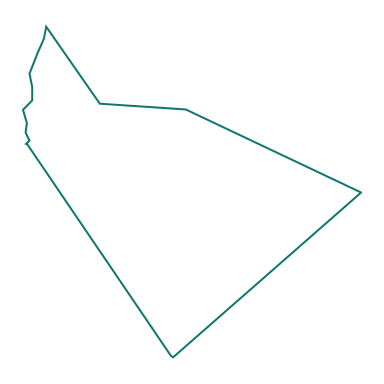 Belvedere, Soufrière, Saint Lucia
{"feature_id": "8701671B91352204106029", "entity_name": "Belvedere", "entity_type": "district", "adm_level": 2, "iso_a3": "LCA", "parent_name": "Saint Lucia", "parent_adm1": "Soufrière", "projection": "mercator", "projection_center": [-61.019, 13.835], "detail": "fine", "context": "isolated", "style": "outline", "palette": "teal", "viewbox_px": 384, "rotation_deg": 0, "n_neighbors": 0, "source": "geoboundaries", "source_scale": "gbopen_adm2", "svg_char_len": 361}
<svg xmlns="http://www.w3.org/2000/svg" viewBox="0 0 384 384"><path d="M361.0,192.5L360.2,192.1L185.8,109.5L99.8,103.7L46.2,26.7L43.9,38.8L37.4,53.5L29.5,73.6L32.2,87.0L32.2,100.4L23.0,109.8L26.9,123.2L25.6,132.6L29.5,140.7L26.0,143.9L27.4,144.5L170.9,355.8L173.1,357.3L360.1,193.4L360.8,192.9L361.0,192.5Z" fill="none" stroke="#0f766e" stroke-width="2"/></svg>